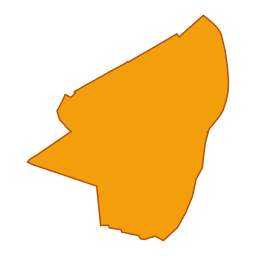 Banjul South, Gambia (orthographic projection)
{"feature_id": "56634734B29168541437208", "entity_name": "Banjul South", "entity_type": "district", "adm_level": 2, "iso_a3": "GMB", "parent_name": "Gambia", "parent_adm1": "", "projection": "orthographic", "projection_center": [-16.577, 13.449], "detail": "fine", "context": "isolated", "style": "filled", "palette": "amber", "viewbox_px": 256, "rotation_deg": 0, "n_neighbors": 0, "source": "geoboundaries", "source_scale": "gbopen_adm2", "svg_char_len": 1194}
<svg xmlns="http://www.w3.org/2000/svg" viewBox="0 0 256 256"><path d="M57.0,111.0L57.1,111.4L58.2,114.8L59.7,119.8L63.0,123.1L67.1,128.1L70.0,130.5L71.3,131.3L71.0,131.5L38.0,154.3L29.3,159.6L27.5,162.0L29.5,163.0L33.3,164.8L96.6,186.1L96.7,186.5L100.7,225.5L108.2,225.2L109.3,227.8L121.3,229.7L121.7,232.1L138.6,235.5L140.5,238.8L144.5,239.5L155.0,236.1L163.4,240.6L175.5,229.4L177.2,227.9L185.6,212.9L192.4,196.4L196.1,179.2L202.3,167.7L203.7,155.2L205.4,142.4L208.1,132.6L207.4,132.6L210.2,127.7L213.6,123.7L220.1,115.4L223.1,110.1L226.3,100.2L228.1,91.4L228.5,80.9L227.3,66.4L226.3,58.9L225.0,50.1L220.9,33.3L217.4,28.0L213.2,23.4L207.2,18.5L203.3,15.4L202.4,16.2L196.1,21.8L193.9,23.7L179.7,36.4L179.0,37.0L178.8,36.7L178.7,36.5L177.2,34.4L176.8,33.9L150.2,49.5L139.4,55.6L135.9,57.7L132.7,59.5L129.9,61.1L129.2,61.8L128.8,62.1L128.4,61.9L127.9,61.5L125.9,62.9L112.0,70.6L110.9,71.1L110.7,70.9L109.9,71.7L104.8,74.5L98.7,77.9L90.2,82.7L86.7,84.6L74.2,91.8L75.3,92.8L74.3,93.9L73.6,94.6L73.0,95.4L72.5,95.9L71.7,96.5L70.7,97.4L69.9,97.0L68.6,96.3L67.8,95.9L67.0,95.5L67.0,95.2L65.1,94.7L64.3,96.6L63.0,99.7L58.1,109.2L57.0,111.0Z" fill="#f59e0b" stroke="#b45309" stroke-width="1.5"/></svg>